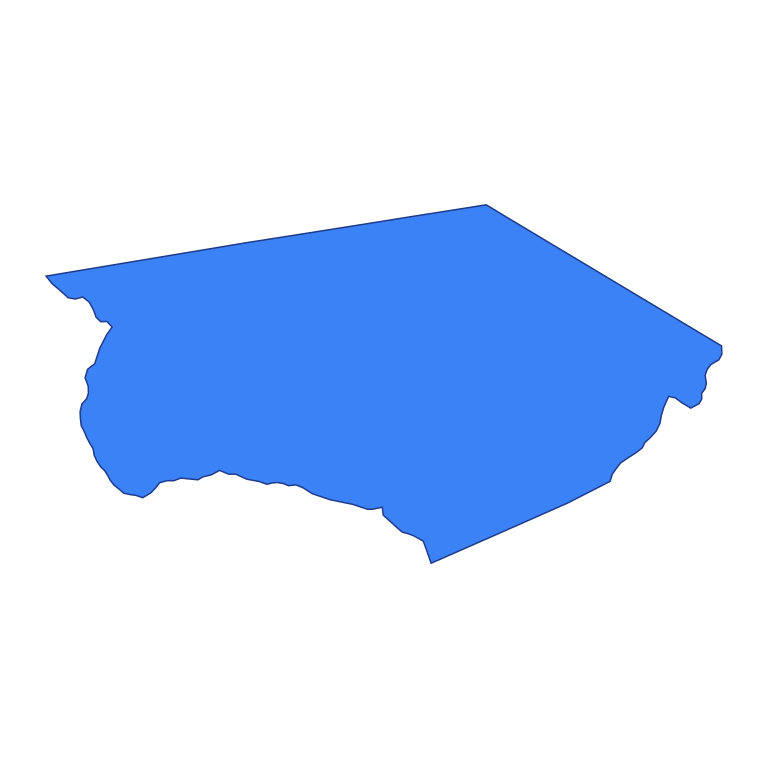 the district of Jatobá, Maranhão, Brazil
{"feature_id": "56859067B81444589924513", "entity_name": "Jatobá", "entity_type": "district", "adm_level": 2, "iso_a3": "BRA", "parent_name": "Brazil", "parent_adm1": "Maranhão", "projection": "robinson", "projection_center": [-44.329, -5.859], "detail": "fine", "context": "isolated", "style": "filled", "palette": "blue", "viewbox_px": 768, "rotation_deg": 0, "n_neighbors": 0, "source": "geoboundaries", "source_scale": "gbopen_adm2", "svg_char_len": 1461}
<svg xmlns="http://www.w3.org/2000/svg" viewBox="0 0 768 768"><path d="M721.5,345.9L507.0,217.4L486.2,204.8L425.3,214.4L328.6,229.8L246.4,242.7L239.3,243.9L46.1,276.1L51.8,283.4L57.7,288.4L63.5,293.5L67.9,297.6L75.3,299.0L82.8,297.0L89.4,302.3L93.6,310.2L96.0,317.0L100.7,321.7L106.9,321.5L112.1,327.0L106.7,334.7L99.9,347.9L94.7,363.7L87.6,369.3L85.1,377.8L88.2,386.1L88.4,393.2L86.7,398.7L81.9,404.0L80.1,411.7L80.4,418.5L81.2,425.6L83.8,430.5L86.9,437.9L89.8,443.3L93.2,448.9L94.2,455.3L97.2,461.6L100.9,467.1L104.6,470.6L107.7,475.5L110.3,480.4L114.0,485.1L118.9,489.0L123.6,493.1L129.6,494.5L136.0,495.4L142.7,497.7L150.5,493.1L155.3,488.3L159.6,482.8L166.7,480.7L173.9,480.7L180.8,478.1L197.9,479.8L203.1,476.8L211.4,474.8L219.5,470.4L228.8,474.2L235.8,474.2L246.8,479.2L259.2,481.5L267.0,484.3L271.8,483.0L277.4,482.5L283.6,483.6L288.6,485.7L295.9,484.9L302.9,487.7L312.3,493.7L330.7,499.9L352.6,504.3L367.6,509.3L372.4,509.3L382.2,507.2L383.3,515.2L398.3,528.8L402.4,532.2L407.7,533.5L413.9,535.9L423.3,541.2L426.6,550.2L431.1,563.2L493.5,535.8L567.5,503.1L610.2,481.3L612.2,474.4L615.4,469.7L620.6,462.9L628.7,457.4L634.9,453.5L642.2,447.9L644.8,442.6L650.2,437.7L656.2,431.1L659.9,423.5L661.4,415.3L663.8,407.3L668.6,396.4L675.2,397.8L681.9,402.8L690.8,408.1L699.1,403.6L701.7,399.1L701.7,393.2L705.1,388.7L706.4,383.1L705.1,375.5L707.2,369.3L710.9,364.5L718.9,359.8L721.9,354.1L721.5,345.9Z" fill="#3b82f6" stroke="#1e3a8a" stroke-width="1.5"/></svg>